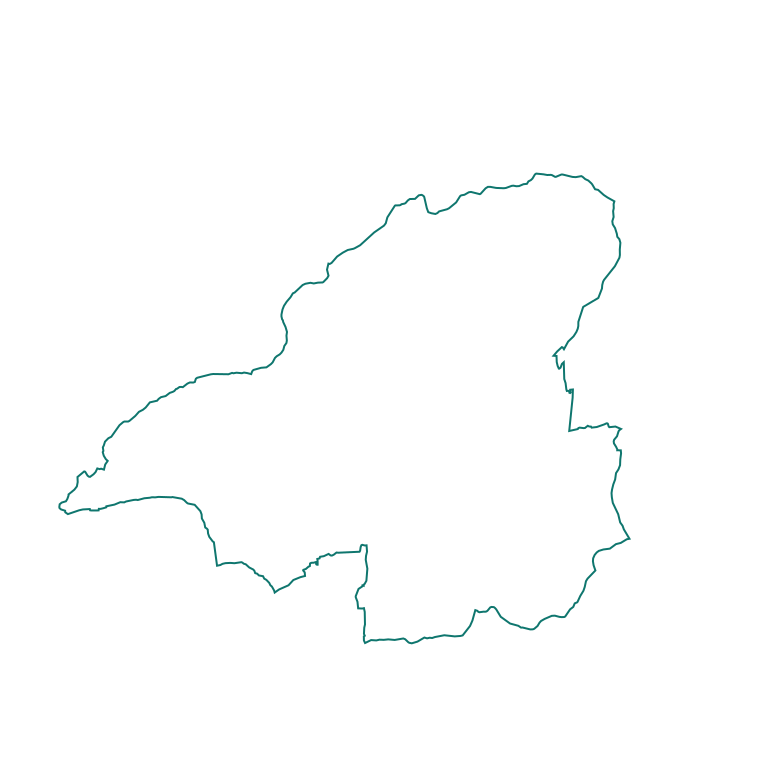 outline of Valcanesti, Prahova, Romania, rotated 106°
{"feature_id": "2599482B34913697582269", "entity_name": "Valcanesti", "entity_type": "district", "adm_level": 2, "iso_a3": "ROU", "parent_name": "Romania", "parent_adm1": "Prahova", "projection": "equal_earth", "projection_center": [25.94, 45.128], "detail": "fine", "context": "isolated", "style": "outline", "palette": "teal", "viewbox_px": 768, "rotation_deg": 106, "n_neighbors": 0, "source": "geoboundaries", "source_scale": "gbopen_adm2", "svg_char_len": 6166}
<svg xmlns="http://www.w3.org/2000/svg" viewBox="0 0 768 768"><g transform="rotate(106 384 384)"><path d="M595.2,655.0L596.2,652.0L589.4,642.2L587.6,638.9L585.3,632.3L586.4,631.7L586.3,630.7L584.2,623.5L582.6,623.7L582.1,621.9L580.8,619.6L579.1,617.0L578.1,617.2L574.2,609.8L570.3,604.9L569.4,601.1L568.0,599.5L564.4,592.6L563.6,590.4L563.4,588.7L559.9,582.9L557.9,577.8L556.8,575.8L556.0,572.6L554.7,569.7L551.5,557.1L551.0,556.3L550.0,546.8L550.7,544.1L552.5,540.8L552.9,539.5L552.3,532.7L556.8,525.5L559.6,523.4L563.5,522.0L566.9,518.5L571.2,516.3L571.9,514.3L572.6,513.3L576.2,511.9L579.1,509.8L582.5,505.3L583.0,503.9L604.7,494.4L603.1,491.4L601.4,489.7L599.9,487.0L598.3,482.3L597.5,478.4L594.6,472.0L594.7,470.9L595.4,469.3L595.4,467.2L597.5,463.0L598.4,458.5L599.3,457.1L601.3,455.7L601.3,453.6L602.5,451.5L602.1,447.3L604.1,445.5L604.7,443.1L606.8,439.5L608.8,437.7L609.5,436.1L610.5,435.0L612.8,432.7L614.6,431.6L610.4,428.2L603.8,420.3L597.4,417.1L592.7,411.1L590.3,407.0L586.9,408.3L585.8,410.0L585.3,410.4L584.9,410.3L583.3,408.1L580.5,406.3L579.5,405.1L576.9,405.6L575.9,404.6L575.2,402.4L574.0,400.5L576.0,399.4L576.2,398.5L576.0,398.0L572.2,399.1L570.6,399.9L569.4,397.9L567.7,397.8L566.1,394.4L562.6,390.4L563.5,388.1L563.3,386.8L562.0,385.3L559.1,383.2L558.8,381.5L552.0,361.3L550.9,361.0L547.2,361.5L545.2,361.3L544.6,360.6L544.5,357.8L543.9,356.3L549.8,354.1L554.1,353.9L558.0,353.1L566.1,349.1L578.0,346.7L581.5,347.5L582.3,348.1L583.6,347.9L583.5,349.2L584.7,349.2L588.0,352.0L595.8,352.7L596.9,352.3L600.6,349.5L606.8,347.0L605.8,342.9L605.0,341.5L608.4,339.7L620.4,336.0L623.7,335.8L629.7,334.4L631.3,333.1L632.2,333.8L636.1,332.6L638.2,330.8L633.7,325.8L632.6,320.7L631.0,317.8L630.0,313.7L628.3,309.5L627.1,303.2L623.3,295.3L623.5,293.3L625.6,289.3L625.8,288.3L625.6,285.8L622.4,280.8L616.6,275.3L616.6,272.5L615.3,270.1L614.9,267.7L613.2,265.3L608.9,256.8L607.1,246.4L605.1,241.0L604.0,239.1L592.9,234.6L587.0,233.8L576.2,233.9L576.3,231.7L577.0,230.6L577.1,229.4L575.4,225.5L575.0,223.9L574.4,222.8L573.4,222.0L569.5,220.3L568.7,219.3L568.2,216.9L568.7,215.6L569.7,214.0L575.6,207.6L579.5,196.8L579.4,188.2L580.4,185.1L579.9,183.7L579.6,175.8L578.8,173.3L577.9,172.1L574.3,169.7L570.5,168.7L568.5,167.7L565.5,164.8L560.6,158.8L559.6,155.9L559.5,151.2L559.1,148.9L558.3,146.5L557.5,145.7L549.3,143.0L546.1,140.6L542.3,140.2L540.7,138.2L540.1,137.9L533.6,136.9L527.8,135.3L523.7,135.1L517.9,135.5L515.0,134.7L505.0,129.4L500.4,132.6L496.8,134.3L493.9,134.9L490.3,134.4L487.3,133.1L485.2,131.5L482.6,127.5L480.0,121.5L474.0,116.9L471.5,112.6L466.3,107.8L465.1,105.4L457.6,113.4L454.5,115.6L452.0,118.8L444.6,123.0L435.2,131.3L430.0,133.8L426.2,135.2L422.7,135.7L417.3,135.9L412.1,135.5L405.7,136.4L401.5,135.1L397.0,134.7L391.3,136.1L385.3,137.0L382.5,138.1L383.4,141.5L382.7,141.6L380.4,143.6L377.7,146.6L375.8,147.4L374.1,147.4L370.0,145.6L364.9,145.5L363.6,145.1L361.9,143.8L361.1,149.8L363.4,155.5L362.9,156.3L360.5,157.9L360.3,158.3L360.5,159.3L362.1,161.1L366.7,167.6L368.7,172.4L367.9,173.3L368.3,175.1L368.0,176.6L370.9,178.7L371.4,180.0L372.0,183.9L372.8,185.0L373.9,185.3L378.1,193.0L345.2,198.9L337.2,200.9L338.2,203.4L340.7,202.2L341.4,202.6L341.3,203.4L340.3,203.7L339.9,204.4L339.8,205.3L340.3,206.3L339.0,207.2L333.1,209.7L329.5,212.1L313.5,217.2L315.7,218.5L319.6,218.8L320.9,219.7L321.0,220.2L318.7,222.1L315.3,224.0L309.5,225.9L310.1,228.8L305.0,226.5L299.5,223.2L299.6,222.3L301.0,220.6L292.5,218.7L285.9,214.9L280.9,213.4L277.5,213.0L274.7,213.2L270.7,214.3L255.4,213.8L254.9,213.7L242.2,201.7L232.1,200.8L228.7,201.5L225.3,201.6L223.3,201.2L207.1,194.5L197.7,192.5L195.0,192.8L189.8,194.4L183.1,195.7L179.9,197.7L178.2,200.3L175.4,201.6L170.4,204.9L167.5,208.1L164.6,209.4L160.2,209.3L154.7,211.4L151.7,211.6L147.7,212.9L144.9,212.9L143.1,220.6L141.7,224.9L138.4,231.7L138.6,234.8L134.7,238.9L133.9,240.1L132.1,243.7L131.6,247.0L130.1,250.2L129.8,251.6L132.3,256.7L133.0,259.9L133.4,270.1L133.8,271.3L137.5,275.9L137.7,276.7L136.9,280.2L137.0,281.3L138.1,284.7L138.5,288.6L139.8,295.7L141.0,296.7L145.6,297.9L147.5,299.0L149.4,301.0L152.2,301.8L153.5,305.0L156.5,308.7L157.4,311.2L157.7,314.3L158.3,315.8L162.0,320.9L162.8,322.8L164.6,330.2L165.2,336.1L165.9,338.5L167.9,340.3L174.4,343.5L175.1,344.2L175.4,353.3L176.3,355.3L179.9,358.8L181.4,361.8L182.4,362.6L189.6,364.7L197.1,369.9L198.6,371.5L202.9,378.6L205.0,379.8L206.4,381.5L206.8,385.6L206.6,388.8L203.2,391.3L193.1,396.9L192.5,397.6L191.9,399.2L191.9,400.3L193.1,402.6L197.5,405.2L199.1,410.2L201.0,411.7L204.2,413.2L205.0,414.1L206.4,416.8L207.4,417.4L208.0,418.4L209.2,422.3L209.6,422.7L222.9,426.7L229.0,426.6L231.8,427.7L241.0,435.2L257.2,445.2L261.5,449.5L262.4,450.6L265.2,455.8L269.1,459.8L274.4,464.2L282.1,467.8L283.6,469.3L283.6,470.6L289.8,470.3L295.2,467.2L297.9,467.8L302.7,470.4L303.3,471.0L304.8,475.5L306.7,479.2L307.0,482.6L309.3,487.2L311.3,489.5L320.7,495.1L322.0,496.6L326.4,497.8L331.6,500.2L336.4,501.7L340.4,502.1L345.5,501.7L347.3,501.2L350.0,499.7L350.6,498.8L352.3,497.9L356.3,494.4L360.7,491.6L364.4,491.1L368.9,489.4L371.5,489.1L374.9,490.3L378.9,490.2L382.1,491.2L384.3,492.4L386.9,494.8L389.0,496.0L393.9,497.0L396.1,498.2L400.4,501.6L402.3,506.6L406.5,513.4L408.1,514.2L411.1,514.4L411.2,518.5L411.6,521.7L412.8,523.6L413.8,528.9L415.2,531.7L415.2,533.1L417.5,536.2L421.5,551.0L422.4,553.1L429.5,565.3L430.8,566.3L434.2,566.4L435.2,567.8L436.0,571.0L437.8,573.1L442.5,576.5L442.7,578.2L443.3,579.8L445.6,581.6L446.1,582.5L448.5,583.6L449.8,584.9L451.6,587.5L455.8,590.6L458.1,594.7L460.4,596.5L462.6,597.5L466.2,604.0L472.3,606.6L475.3,608.7L478.3,611.9L483.3,614.3L489.7,618.6L490.6,619.6L491.6,623.2L492.5,624.2L496.5,626.9L509.9,631.6L512.1,634.0L516.3,636.3L520.3,636.4L522.4,636.8L525.7,635.3L527.0,635.6L530.2,633.6L532.9,630.7L534.1,628.4L538.2,629.8L543.5,629.6L543.4,632.6L544.2,633.9L544.2,636.3L548.2,637.0L550.8,638.3L554.3,641.0L554.4,642.2L553.8,643.7L550.7,647.1L550.7,648.1L557.9,653.0L562.7,651.4L567.1,651.0L570.9,652.5L577.1,656.8L578.2,656.5L581.7,656.7L584.4,657.4L586.8,661.1L589.0,662.6L591.8,662.2L592.8,661.6L593.6,659.8L593.7,655.6L595.2,655.0Z" fill="none" stroke="#0f766e" stroke-width="2"/></g></svg>